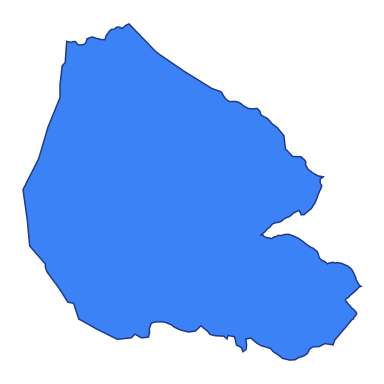 outline of Asunción Cacalotepec, Oaxaca, Mexico
{"feature_id": "50627088B57748910151999", "entity_name": "Asunción Cacalotepec", "entity_type": "district", "adm_level": 2, "iso_a3": "MEX", "parent_name": "Mexico", "parent_adm1": "Oaxaca", "projection": "orthographic", "projection_center": [-95.904, 17.039], "detail": "fine", "context": "isolated", "style": "filled", "palette": "blue", "viewbox_px": 384, "rotation_deg": 0, "n_neighbors": 0, "source": "geoboundaries", "source_scale": "gbopen_adm2", "svg_char_len": 3808}
<svg xmlns="http://www.w3.org/2000/svg" viewBox="0 0 384 384"><path d="M117.3,339.3L131.4,337.8L134.9,334.1L141.5,337.9L148.5,337.1L149.6,332.3L149.3,328.6L151.3,323.3L153.7,322.4L155.1,321.9L160.5,321.8L164.5,322.1L165.4,322.4L171.4,324.8L174.8,327.4L180.4,330.0L188.6,332.0L195.4,331.1L201.0,325.7L203.7,328.1L207.4,331.1L209.9,334.3L214.4,335.6L219.7,336.0L223.8,336.1L227.0,338.9L228.1,335.4L234.6,336.8L236.5,345.1L241.4,347.5L242.9,351.7L246.1,349.4L246.6,344.8L245.8,339.0L250.8,338.0L256.2,342.7L261.3,345.8L264.9,346.7L270.5,348.5L273.5,351.9L278.6,355.1L282.6,358.4L289.9,360.1L295.2,359.7L298.2,357.8L303.8,355.9L307.3,353.6L309.6,349.1L313.0,346.8L319.2,346.6L324.9,343.6L331.7,344.6L333.0,345.0L334.8,340.0L340.8,332.9L345.9,327.0L349.5,322.5L352.1,319.6L353.6,318.8L353.7,317.8L354.1,317.0L354.6,316.5L355.4,315.9L355.8,315.3L356.5,313.9L356.7,313.3L356.3,312.4L355.2,311.2L354.4,310.3L353.3,309.2L351.7,308.1L350.6,306.5L349.6,305.3L347.9,303.6L347.0,302.3L346.1,301.6L345.7,301.1L345.4,300.1L345.5,299.5L345.9,298.9L346.3,298.6L347.6,297.9L349.0,296.8L349.8,295.7L350.8,294.9L351.5,294.3L352.4,293.5L353.9,292.2L354.8,291.5L355.5,290.8L356.3,289.9L357.5,289.0L357.9,288.3L358.8,287.3L359.6,286.8L360.1,286.6L361.0,286.4L359.3,285.2L358.4,283.6L357.5,282.2L356.8,281.0L356.0,279.4L355.7,277.6L354.7,275.3L353.7,273.1L353.2,272.1L351.6,269.2L350.1,268.0L348.9,266.9L348.2,266.2L346.2,265.4L343.9,264.4L342.0,263.6L340.9,263.2L337.4,262.6L335.0,263.1L333.8,262.5L332.3,262.2L330.9,263.0L329.3,262.9L328.4,263.5L327.5,263.9L324.7,261.4L322.4,260.7L321.1,259.8L319.6,258.1L318.7,256.1L318.3,254.1L317.6,252.2L316.8,251.0L315.2,250.1L313.4,248.4L311.6,247.6L309.5,246.4L307.9,245.4L305.9,243.8L304.6,242.9L303.4,241.8L302.5,241.1L299.4,239.0L297.4,237.8L295.7,237.1L294.1,236.3L291.4,235.2L288.4,234.3L286.6,234.4L284.8,234.4L281.4,235.6L279.3,235.3L277.5,235.6L276.4,236.4L274.1,237.0L272.3,238.3L271.2,238.6L269.0,237.9L267.4,237.8L265.4,237.1L264.1,236.5L263.0,235.5L262.9,234.8L261.2,234.9L262.8,233.4L263.9,232.6L265.5,231.1L267.2,229.0L269.0,227.8L270.5,226.4L271.4,225.1L272.5,224.1L274.0,223.2L276.5,222.6L278.6,222.3L280.7,221.6L281.8,220.9L283.6,219.3L285.0,218.5L287.2,217.2L288.6,217.0L290.7,215.6L292.5,214.0L293.9,212.7L295.5,212.1L296.8,211.3L297.7,211.0L298.4,210.8L299.0,210.6L299.6,211.5L300.8,213.6L301.2,214.8L304.3,214.6L306.1,212.9L309.2,210.3L311.4,208.5L313.3,205.3L315.0,202.9L316.1,200.3L317.2,197.5L318.2,194.4L319.6,190.9L320.6,189.3L321.8,185.6L320.4,183.7L320.2,182.0L320.2,178.7L322.5,177.6L323.3,176.8L318.5,176.0L315.6,174.6L312.3,172.6L308.0,169.2L305.5,164.8L305.7,163.7L305.8,162.5L305.4,161.1L304.7,160.3L303.9,159.3L302.4,158.1L301.0,156.7L292.7,156.5L285.4,148.8L283.9,135.7L277.3,127.7L272.1,123.8L267.9,118.9L261.6,115.4L260.8,114.3L260.3,113.0L260.0,111.4L259.0,110.2L258.1,109.4L257.1,108.4L255.5,108.5L254.2,108.7L252.6,108.9L251.4,108.8L250.5,108.6L248.9,108.6L247.3,107.9L245.6,107.0L243.2,105.7L241.3,103.9L238.9,102.4L236.6,101.6L233.8,101.4L230.3,101.6L228.4,101.0L226.0,99.2L224.2,96.9L221.2,91.8L211.9,88.5L204.9,84.2L183.7,71.0L158.2,53.6L157.9,53.2L155.4,51.3L129.0,23.9L128.1,24.3L126.2,25.1L124.0,26.9L121.8,28.6L120.8,27.6L119.1,27.2L117.0,27.0L114.3,29.2L113.6,29.3L111.4,29.4L109.2,31.3L107.8,33.5L106.6,34.8L105.6,37.1L105.5,38.3L104.7,39.8L103.5,39.5L102.4,39.8L99.3,39.0L98.1,38.7L96.2,38.3L95.0,37.8L93.3,37.4L92.2,36.9L88.1,38.4L86.9,39.0L86.6,40.3L86.0,42.1L85.4,43.3L83.9,44.5L79.8,45.2L77.5,44.3L76.0,42.2L74.8,41.4L72.4,41.8L70.4,42.4L68.2,41.7L66.7,41.4L65.8,53.9L65.2,62.5L62.2,65.7L60.0,84.8L60.0,97.6L47.9,127.4L38.8,158.4L23.0,189.7L27.3,219.9L29.7,246.0L45.4,264.1L45.3,267.0L46.9,271.7L59.1,288.3L67.9,302.2L73.6,303.3L78.8,319.1L84.5,322.1L95.8,328.6L117.3,339.3Z" fill="#3b82f6" stroke="#1e3a8a" stroke-width="1.5"/></svg>